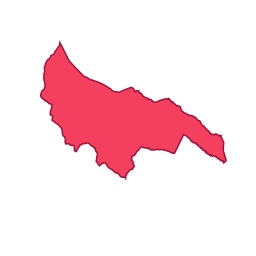 outline of San Antonio, Jujuy, Argentina, rotated 26°
{"feature_id": "61730980B57262290665163", "entity_name": "San Antonio", "entity_type": "district", "adm_level": 2, "iso_a3": "ARG", "parent_name": "Argentina", "parent_adm1": "Jujuy", "projection": "robinson", "projection_center": [-65.302, -24.356], "detail": "fine", "context": "isolated", "style": "filled", "palette": "rose", "viewbox_px": 256, "rotation_deg": 26, "n_neighbors": 0, "source": "geoboundaries", "source_scale": "gbopen_adm2", "svg_char_len": 5831}
<svg xmlns="http://www.w3.org/2000/svg" viewBox="0 0 256 256"><g transform="rotate(26 128 128)"><path d="M229.3,117.4L230.4,115.4L230.4,114.5L230.2,113.8L223.3,106.3L220.7,99.7L220.3,99.0L215.8,95.3L215.0,93.9L214.2,94.6L213.8,94.7L213.6,94.9L212.9,95.2L212.7,95.3L212.0,94.8L210.9,94.6L210.3,94.7L210.0,94.9L209.5,94.8L209.0,95.2L208.9,95.9L208.8,96.1L207.7,96.5L207.2,96.4L207.1,96.7L206.6,96.7L206.2,97.2L205.5,97.4L204.6,96.4L203.1,96.2L202.6,96.0L202.3,95.6L201.7,95.6L201.1,95.1L200.5,95.2L198.8,94.5L198.2,94.6L197.8,94.1L197.1,93.9L196.6,93.9L195.4,93.0L194.8,93.2L194.3,93.1L193.7,93.1L193.2,92.7L192.4,92.4L191.8,91.8L191.3,91.8L191.0,91.5L190.8,91.4L190.0,90.3L189.4,90.4L188.9,90.2L188.3,90.5L187.5,90.5L187.2,90.2L187.0,90.3L186.4,90.1L185.4,89.3L184.3,89.2L183.2,88.8L182.7,89.1L182.0,88.9L181.5,89.1L181.0,88.8L179.7,89.1L179.3,89.0L178.2,89.5L177.4,89.7L176.7,89.6L175.8,89.5L175.3,89.8L174.9,89.7L174.5,89.8L173.9,89.8L173.4,89.6L173.1,89.7L172.5,89.5L172.1,89.9L171.5,89.9L170.9,89.5L169.7,89.4L169.6,89.1L169.0,89.2L168.5,89.0L168.1,88.5L167.1,87.7L166.2,86.5L165.5,85.9L164.8,85.8L163.8,86.4L163.1,86.1L162.5,86.3L162.0,86.8L161.7,86.8L161.5,86.5L161.0,86.6L160.3,86.1L158.6,85.7L156.9,85.8L156.9,85.2L156.5,85.5L156.1,85.4L155.7,85.4L155.7,85.2L155.4,85.3L154.1,84.6L152.5,84.1L152.2,83.7L151.9,83.7L152.0,84.1L151.2,83.9L151.3,84.5L150.3,85.0L149.3,85.0L148.9,85.6L147.8,86.2L147.1,87.2L146.3,87.7L146.2,88.1L144.9,88.8L144.3,89.5L144.2,89.9L143.6,90.4L143.5,90.8L143.2,91.0L143.1,91.3L142.6,91.9L141.3,92.8L141.1,92.7L140.7,93.1L140.1,93.1L139.5,93.6L139.1,93.4L138.7,93.4L138.3,93.1L138.0,93.2L137.5,92.7L136.0,92.3L135.6,92.6L134.3,93.2L133.5,92.6L133.2,92.7L132.8,93.1L131.8,92.7L129.2,93.1L128.3,92.6L127.9,92.7L126.7,92.7L126.2,91.9L125.2,91.3L124.8,91.2L124.0,91.6L123.5,91.4L123.2,91.0L122.2,91.1L121.6,90.1L121.2,89.8L120.6,90.3L119.4,90.6L119.0,91.1L118.9,92.1L118.7,92.1L118.1,91.9L117.5,92.0L117.3,92.0L117.1,91.4L116.1,90.5L114.5,89.9L113.0,90.1L110.6,92.6L109.7,93.8L107.9,95.3L107.4,96.2L104.5,99.6L103.7,100.0L98.7,101.5L97.9,101.5L95.7,100.6L87.6,99.8L82.3,99.8L75.7,100.5L73.5,100.9L71.2,100.9L69.1,100.6L65.8,100.9L53.4,96.5L45.9,93.6L29.4,81.1L29.8,82.3L30.1,83.6L30.1,84.6L29.6,86.7L29.5,88.1L28.8,91.5L29.0,94.4L27.0,96.7L27.1,99.3L27.0,100.2L25.9,101.9L25.7,104.0L25.6,106.2L26.1,108.2L26.2,109.3L26.5,110.5L26.8,111.4L28.2,113.1L28.9,116.5L30.8,120.7L32.1,122.5L33.3,123.7L35.0,126.5L35.5,128.0L35.5,130.1L34.6,131.9L34.5,132.5L34.5,133.9L34.9,135.1L34.9,136.0L35.4,137.2L36.6,138.5L38.9,139.1L41.7,139.8L43.5,139.7L46.4,140.6L47.4,140.6L48.1,140.3L48.9,140.2L50.2,141.9L51.2,147.9L51.8,148.7L52.1,150.0L52.8,150.3L53.6,150.1L54.7,150.5L55.7,151.1L55.8,151.6L55.8,153.3L56.6,154.5L59.6,154.7L61.9,155.5L62.7,155.4L64.2,155.7L66.3,156.7L67.4,156.7L68.3,157.3L68.7,157.9L69.7,158.7L71.4,161.6L73.3,163.6L74.5,163.6L76.5,165.3L77.0,165.9L77.1,167.2L77.5,168.0L78.9,169.5L79.6,169.5L80.1,168.6L82.5,168.2L83.2,168.2L84.0,168.8L84.4,168.8L85.9,167.8L86.5,167.5L86.8,167.6L87.8,168.4L88.7,169.6L89.3,171.2L90.0,171.8L90.9,172.1L91.4,172.1L91.8,171.8L91.9,168.9L92.5,164.1L93.1,163.7L93.7,162.6L95.2,161.3L95.8,161.2L96.2,160.6L97.1,160.3L97.7,159.3L98.9,159.0L99.9,159.1L102.8,160.0L105.9,160.3L106.4,160.7L107.6,160.4L107.9,161.6L108.8,162.6L110.0,163.2L111.4,164.1L111.8,164.6L112.1,165.3L112.6,167.5L113.7,170.6L113.8,171.3L114.1,172.0L115.7,172.5L116.5,173.3L118.0,173.9L118.8,174.5L120.1,171.9L120.4,170.9L121.2,170.5L121.5,169.8L122.2,169.5L122.9,169.5L124.2,170.0L125.8,171.2L127.7,172.1L132.3,172.5L134.4,173.3L136.2,173.6L137.5,173.6L138.6,173.2L139.6,173.4L142.1,174.7L143.3,174.9L144.2,174.8L146.2,173.9L147.1,173.9L147.9,174.3L147.1,172.8L147.0,169.0L148.2,165.2L148.4,163.9L148.7,163.7L149.7,163.7L150.0,163.3L150.4,159.7L150.2,159.4L149.0,158.4L146.9,155.8L145.3,155.6L144.9,155.4L144.8,154.9L145.1,154.6L145.1,154.1L144.1,152.7L144.1,152.2L143.9,151.8L144.0,151.4L145.8,149.8L145.7,149.0L146.1,148.2L146.2,145.1L146.5,144.8L147.1,143.7L147.9,139.6L148.1,139.2L149.0,138.8L151.0,138.8L151.9,138.6L152.2,138.2L153.5,137.6L154.1,137.9L155.1,137.8L155.9,137.2L156.0,136.9L156.3,137.0L156.6,137.4L157.4,137.6L157.9,137.7L158.8,137.4L159.0,137.1L159.7,137.0L160.0,136.7L160.9,136.5L161.5,136.1L162.0,135.4L163.3,134.9L164.2,134.1L164.9,134.1L165.4,133.8L165.9,133.7L168.0,132.3L169.0,132.4L170.3,131.9L170.8,131.9L171.3,131.6L172.1,131.4L172.9,131.5L174.5,131.3L175.2,130.9L176.8,131.3L177.6,131.1L178.3,131.2L179.1,131.0L179.3,130.8L180.6,130.6L180.9,130.4L180.9,109.4L183.7,109.6L185.0,109.6L185.4,109.7L186.3,110.5L187.3,110.3L187.8,110.4L189.1,111.1L190.0,111.9L191.1,112.2L191.8,112.2L191.9,112.4L192.5,112.5L193.2,112.4L193.5,112.2L194.0,112.4L194.3,112.1L195.1,112.1L195.9,112.3L196.3,112.2L196.7,112.6L197.0,112.4L197.1,112.5L197.3,112.4L197.7,112.8L198.0,112.7L198.0,112.4L198.7,112.7L199.0,113.2L200.1,113.6L200.6,113.7L201.2,113.5L201.7,113.5L202.1,114.1L202.3,113.8L202.8,113.6L202.8,113.8L203.2,114.1L204.1,114.4L204.4,114.6L204.5,115.0L204.9,115.1L205.1,115.0L205.0,114.9L205.2,114.7L206.1,114.8L206.4,115.1L206.7,114.6L207.0,114.5L207.6,114.8L207.9,114.6L208.1,114.7L208.2,115.5L208.7,115.2L209.3,116.2L209.7,115.9L210.1,115.9L210.5,116.3L211.1,116.1L211.4,116.4L212.1,116.2L212.7,116.5L212.9,116.2L213.1,116.5L213.4,116.3L214.0,116.8L214.2,116.7L214.2,116.4L214.7,116.8L215.2,116.2L215.1,115.9L215.6,115.8L216.3,116.2L216.4,115.9L216.9,115.5L217.1,115.6L217.3,115.3L218.3,115.4L218.7,115.0L219.3,115.4L219.6,115.1L219.8,115.5L220.6,115.2L221.7,116.1L222.4,116.1L222.7,115.8L223.8,116.1L224.0,115.9L224.5,116.4L225.1,116.2L225.4,116.3L225.6,116.5L225.9,116.2L226.4,116.4L226.6,116.1L227.1,115.9L227.1,116.3L227.6,116.3L227.8,116.0L228.1,116.2L228.2,116.6L229.0,116.6L229.0,116.8L228.9,117.1L229.3,117.4Z" fill="#f43f5e" stroke="#9f1239" stroke-width="1.5"/></g></svg>